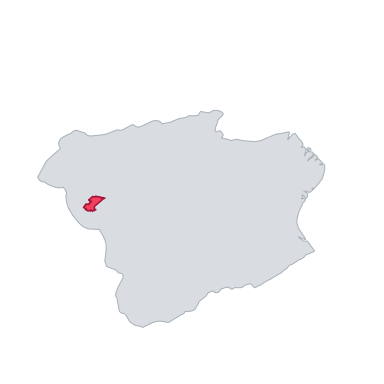 Jakusko, Yobe, Nigeria (highlighted), rotated 237°
{"feature_id": "59680162B40329870656537", "entity_name": "Jakusko", "entity_type": "district", "adm_level": 2, "iso_a3": "NGA", "parent_name": "Nigeria", "parent_adm1": "Yobe", "projection": "equal_earth", "projection_center": [10.871, 12.419], "detail": "fine", "context": "in_parent", "style": "filled", "palette": "rose", "viewbox_px": 384, "rotation_deg": 237, "n_neighbors": 0, "source": "geoboundaries", "source_scale": "gbopen_adm2", "svg_char_len": 6013}
<svg xmlns="http://www.w3.org/2000/svg" viewBox="0 0 384 384"><g transform="rotate(237 192 192)"><path d="M288.4,70.5L297.3,86.8L299.2,98.9L300.0,104.9L301.5,105.6L304.2,106.0L306.2,107.2L307.5,109.1L308.2,111.0L308.4,112.1L307.8,119.4L307.2,122.0L307.6,125.6L307.4,127.2L307.1,128.2L305.9,129.4L304.2,130.6L300.2,134.1L299.1,134.6L297.4,134.7L295.9,135.6L294.2,137.4L290.5,144.4L287.3,151.4L285.0,162.8L282.2,166.3L281.7,169.5L281.3,176.6L280.8,178.7L280.4,179.4L277.3,180.7L275.6,182.3L274.6,185.6L273.2,196.5L272.8,198.3L271.8,200.2L270.2,202.3L268.9,203.4L265.4,204.2L262.1,212.4L262.0,213.8L260.6,221.3L258.0,227.0L257.8,230.6L254.6,235.6L253.0,239.0L254.7,242.5L254.8,243.1L249.3,249.0L249.0,249.9L248.8,254.1L248.3,255.2L247.3,256.7L245.9,258.4L244.3,259.7L242.6,260.6L241.0,260.9L240.1,260.4L239.6,259.1L238.6,254.1L238.2,253.0L237.1,252.0L232.9,246.4L230.3,244.5L229.7,244.6L229.3,245.1L228.6,247.9L227.9,249.0L226.5,249.3L224.2,249.4L222.5,249.0L222.1,248.4L221.3,246.2L216.0,251.3L214.1,252.4L211.8,258.4L208.5,261.4L206.2,264.0L200.0,272.2L198.8,274.6L197.6,278.2L194.9,293.6L190.7,303.2L190.1,305.3L189.9,305.2L189.3,306.1L187.7,305.5L187.0,303.7L185.9,303.4L184.2,300.8L183.8,301.3L185.7,307.9L185.0,310.5L179.8,310.6L175.3,311.4L172.3,311.3L170.7,310.4L170.0,307.9L169.8,308.2L169.6,309.5L168.7,310.6L165.2,310.8L163.7,309.1L162.5,307.2L161.2,306.3L161.4,307.1L162.9,309.0L162.7,311.6L159.9,314.7L158.1,314.9L157.1,313.6L156.5,311.4L156.2,308.2L155.5,306.1L155.1,306.1L155.6,309.6L155.6,312.8L156.9,315.4L154.9,316.1L152.4,316.2L152.1,315.3L151.8,313.2L151.4,312.6L150.9,316.2L145.9,317.2L145.2,317.0L145.1,316.4L145.4,315.4L145.4,313.8L144.3,315.0L144.1,317.5L143.4,317.9L141.5,317.5L139.5,316.3L136.1,313.2L132.0,308.1L131.3,305.9L130.2,303.1L128.0,295.4L128.4,295.1L129.4,295.5L129.8,294.8L128.1,294.2L127.8,293.7L127.7,292.0L127.7,289.9L130.3,288.8L131.0,287.6L131.3,286.3L128.1,288.2L125.1,286.1L124.5,284.8L124.8,283.7L128.3,283.7L129.5,282.7L128.7,282.3L127.4,282.4L126.9,281.7L127.0,280.2L126.5,280.5L126.0,281.9L123.9,282.9L122.8,281.9L122.7,279.6L122.4,278.6L121.4,277.8L117.9,271.8L113.5,266.7L109.5,263.3L103.5,261.6L91.0,261.7L90.3,261.2L91.1,260.4L92.2,259.9L96.2,257.1L95.6,256.7L91.4,258.5L90.0,258.6L88.1,262.0L75.8,262.7L75.8,261.2L76.4,256.8L77.2,253.7L76.3,250.0L76.2,246.6L76.7,245.6L76.9,244.3L76.8,235.7L77.5,234.4L77.5,233.6L76.2,229.9L76.3,227.1L76.0,224.4L75.6,223.1L76.2,212.6L76.1,210.0L76.5,208.2L76.7,203.7L76.7,199.2L77.6,192.3L82.9,191.3L84.2,188.6L84.9,185.1L84.7,181.7L86.4,178.7L88.5,176.0L88.5,173.1L89.0,172.2L90.0,171.5L91.4,171.2L93.0,169.7L93.9,167.2L94.8,163.1L93.5,160.3L93.5,159.6L94.0,158.1L94.9,156.6L95.5,156.1L97.0,156.5L97.5,155.9L98.6,151.4L98.5,150.2L97.1,147.1L96.4,139.0L96.0,137.9L94.9,136.5L92.0,130.7L92.1,128.0L93.3,124.6L94.2,122.9L95.3,122.0L95.5,121.2L95.2,120.2L94.6,119.4L94.5,117.9L95.1,115.7L95.0,113.3L95.4,101.1L97.8,98.7L101.3,94.7L103.1,90.6L104.0,87.4L105.3,76.9L107.2,75.8L110.7,72.0L115.4,69.7L118.5,69.1L123.8,69.5L126.6,69.1L128.9,67.0L129.9,66.5L131.4,66.1L144.8,71.6L146.0,71.3L147.0,71.7L148.7,73.1L152.6,78.2L156.7,86.0L158.0,87.7L159.2,88.6L160.6,89.0L161.6,88.8L162.5,88.1L163.8,86.6L165.8,85.9L167.4,86.1L175.8,80.0L176.6,80.0L181.7,81.3L188.7,87.3L194.4,91.2L198.4,92.6L203.1,93.5L211.1,93.8L217.2,85.3L219.5,83.5L222.2,81.8L227.8,80.2L237.2,79.2L245.9,79.6L251.4,81.1L257.1,83.8L259.6,86.5L263.5,86.9L266.3,86.4L267.2,83.8L270.0,80.3L274.2,77.1L277.6,74.9L280.4,73.9L282.9,71.4L284.9,70.6L288.4,70.5ZM165.5,314.2L163.6,315.0L162.4,314.8L164.1,311.3L165.0,312.0L166.1,312.4L165.5,314.2Z" fill="#d9dde1" stroke="#a8b0b8" stroke-width="1"/><path d="M242.4,105.9L242.1,105.0L242.2,104.2L241.9,103.4L241.8,103.1L241.7,102.8L241.7,102.6L241.8,102.0L241.8,101.4L241.7,101.4L241.2,101.0L240.9,101.2L240.7,101.7L240.3,101.7L240.1,101.6L240.1,101.8L239.3,102.0L239.7,101.2L239.2,101.1L238.9,102.1L238.5,101.7L238.7,101.0L238.4,100.2L238.5,100.0L238.5,99.8L237.8,99.5L238.1,99.1L237.9,98.6L238.4,98.3L238.5,98.3L238.7,98.1L238.7,97.6L238.8,97.3L239.1,97.2L239.5,97.0L239.6,96.5L239.5,96.2L239.3,96.1L239.2,95.3L238.6,95.1L238.6,94.9L238.9,94.4L238.4,93.2L238.3,92.9L238.2,92.8L237.9,92.9L238.0,92.9L238.0,93.0L237.9,93.0L237.8,92.9L237.7,92.8L237.5,93.0L237.4,93.0L237.2,93.1L236.9,93.0L236.9,92.9L236.9,93.0L236.7,93.1L236.4,93.2L236.4,93.3L236.5,93.3L236.4,93.3L236.2,93.3L236.2,93.5L235.9,93.7L235.8,93.4L235.9,93.2L235.8,93.3L235.8,93.2L235.8,93.3L235.7,93.3L235.7,93.2L235.4,93.2L235.5,93.2L235.5,93.3L235.4,93.3L235.2,93.2L234.9,93.3L234.7,93.4L234.6,93.9L233.9,93.8L233.6,94.1L233.4,94.2L233.0,94.3L232.7,94.6L232.6,94.8L232.5,95.0L232.3,95.3L232.3,95.8L232.2,96.0L232.2,96.6L232.1,96.8L231.4,96.6L231.4,96.8L231.4,97.0L231.2,97.2L231.2,97.3L231.1,97.5L231.1,97.8L231.1,98.0L230.9,98.0L230.5,98.1L230.0,98.2L230.1,98.8L230.1,99.5L230.1,99.8L230.0,100.0L229.9,100.0L230.0,100.2L230.3,100.2L230.3,100.3L230.2,100.3L230.1,100.5L230.0,100.8L229.9,100.9L230.0,100.9L230.2,101.0L230.2,101.3L230.3,101.2L230.5,101.0L231.0,101.1L232.0,101.5L232.4,101.9L233.1,102.5L233.4,105.3L233.6,106.9L233.7,107.3L233.8,107.4L233.9,107.6L233.9,107.8L233.9,108.3L233.9,108.6L233.9,108.9L234.0,110.1L234.2,111.2L234.1,111.6L234.2,111.9L234.5,112.0L234.6,112.4L234.5,113.2L234.5,113.4L234.6,113.6L234.6,113.8L234.5,114.3L234.5,114.6L234.5,114.8L234.5,114.7L234.4,114.7L234.4,114.8L234.4,115.0L234.5,114.9L234.5,115.0L234.5,115.3L234.7,115.2L234.9,115.0L235.4,114.8L235.6,114.4L235.7,114.2L235.8,114.1L236.0,113.8L236.0,113.6L236.3,113.1L236.3,112.7L236.7,112.4L236.8,112.4L237.2,112.5L237.3,112.7L237.6,112.5L237.7,112.4L237.9,112.3L238.2,111.9L238.4,111.5L238.4,111.4L238.6,111.2L238.9,111.1L239.2,110.5L239.2,110.4L239.3,110.3L239.6,110.0L239.8,110.0L240.0,109.8L240.2,109.7L240.3,109.6L240.4,109.4L240.5,109.4L240.9,109.0L240.8,108.8L240.7,108.7L240.7,108.0L241.0,107.9L241.1,107.7L241.3,107.5L241.6,107.0L241.7,106.8L241.8,106.6L242.0,106.4L242.1,106.2L242.3,105.9L242.4,105.9Z" fill="#f43f5e" stroke="#9f1239" stroke-width="1.5"/></g></svg>